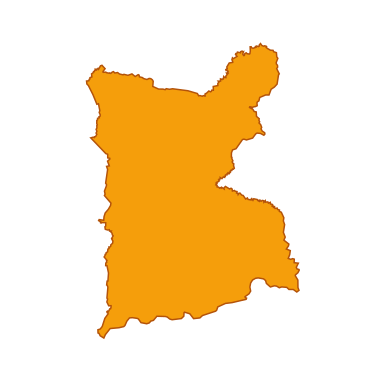 Wang Sombun, Sa Kaeo, Thailand (orthographic projection), rotated 277°
{"feature_id": "78962969B89607017524872", "entity_name": "Wang Sombun", "entity_type": "district", "adm_level": 2, "iso_a3": "THA", "parent_name": "Thailand", "parent_adm1": "Sa Kaeo", "projection": "orthographic", "projection_center": [102.173, 13.36], "detail": "fine", "context": "isolated", "style": "filled", "palette": "amber", "viewbox_px": 384, "rotation_deg": 277, "n_neighbors": 0, "source": "geoboundaries", "source_scale": "gbopen_adm2", "svg_char_len": 6049}
<svg xmlns="http://www.w3.org/2000/svg" viewBox="0 0 384 384"><g transform="rotate(277 192 192)"><path d="M107.4,310.2L110.1,308.8L117.5,307.8L121.5,304.7L122.4,304.8L124.7,306.9L127.3,307.9L128.1,307.7L128.5,305.5L130.0,304.7L134.3,306.2L134.3,302.0L137.8,301.7L138.1,300.0L137.2,298.2L137.8,295.6L141.6,296.6L145.8,296.7L146.9,292.6L150.2,294.3L152.1,294.5L155.4,289.1L158.6,290.0L163.1,287.6L170.9,287.9L174.4,286.2L177.6,286.3L182.8,283.1L183.4,281.1L184.8,281.0L185.1,279.1L186.4,278.5L185.8,276.4L186.6,275.9L186.6,275.0L187.6,275.5L187.6,273.3L188.3,273.3L188.3,274.0L188.9,273.8L189.5,273.2L189.6,271.4L191.3,271.0L190.3,269.2L191.4,268.5L190.9,266.2L192.3,265.8L190.6,264.6L192.1,264.2L192.2,262.7L191.3,261.8L191.7,260.8L190.8,260.0L191.1,259.5L192.1,259.9L191.6,258.3L192.5,257.7L192.8,254.1L191.2,253.5L192.8,252.1L192.2,251.6L191.6,252.2L191.3,251.6L191.5,248.5L192.8,247.7L191.6,246.1L194.8,243.2L195.0,241.7L196.8,239.7L196.4,238.8L195.1,238.1L196.3,237.7L196.4,236.4L197.9,236.6L198.0,234.8L198.7,234.0L197.9,232.0L199.9,231.4L200.5,230.3L199.6,228.9L201.6,224.5L199.8,223.1L199.0,223.4L200.3,220.8L199.4,220.5L199.8,219.7L199.2,219.0L200.1,217.7L200.1,216.3L201.6,216.1L202.0,214.8L203.1,215.5L203.7,214.9L204.0,215.8L204.7,215.5L205.8,217.4L206.6,217.2L207.2,217.8L207.8,217.1L208.5,218.4L209.8,218.2L208.9,220.1L210.7,221.2L210.5,222.5L211.4,222.4L211.5,223.2L213.0,223.2L213.3,224.7L214.4,224.6L214.5,225.7L215.3,225.5L214.9,226.8L216.0,226.8L216.0,227.5L216.7,227.9L217.3,227.4L218.4,228.1L218.3,228.9L219.7,229.4L219.6,230.2L220.7,231.1L223.1,230.1L225.1,230.0L225.4,229.2L226.8,228.2L227.9,228.8L230.0,227.5L231.3,227.4L231.5,226.8L235.7,226.4L238.7,227.1L240.3,230.4L250.2,235.7L250.8,237.1L250.3,239.7L252.9,245.6L257.5,248.2L258.4,249.4L258.5,252.8L257.1,256.4L258.4,257.3L259.7,256.9L261.0,254.3L263.1,252.8L264.6,253.3L267.3,251.9L268.7,250.1L269.9,250.6L271.3,249.7L272.9,249.8L274.9,246.8L279.3,246.0L279.5,243.9L281.4,242.4L282.9,238.8L283.6,238.9L283.7,239.8L283.2,241.8L283.9,242.4L284.5,244.5L285.6,246.2L288.4,245.6L289.4,245.9L290.6,247.3L294.1,247.7L297.3,253.3L297.7,256.6L303.6,258.0L306.2,261.0L309.4,263.3L318.8,263.6L319.9,264.2L324.8,261.0L326.4,261.8L328.2,261.4L329.3,260.2L330.7,259.8L335.2,260.9L336.4,259.7L340.6,258.8L341.2,255.9L342.5,255.2L342.3,252.6L343.5,249.7L344.5,248.0L345.4,248.3L345.8,247.7L345.9,246.0L345.4,245.5L345.9,243.5L347.7,241.9L346.0,240.8L344.9,240.9L344.4,240.2L344.8,238.4L344.2,237.3L343.5,237.9L342.1,235.1L342.5,233.3L343.4,233.0L343.2,232.0L339.0,232.7L336.3,232.6L335.9,232.1L336.0,229.8L336.7,229.0L336.4,228.2L335.9,227.6L333.9,227.3L333.7,226.7L335.0,225.6L337.5,226.0L337.2,225.5L337.9,225.0L337.8,224.1L337.2,223.2L336.1,223.1L336.4,220.0L334.7,219.5L334.7,218.6L333.8,218.4L332.1,220.2L329.4,216.8L330.1,215.8L328.1,215.5L326.8,216.4L325.6,216.6L324.6,213.2L320.3,211.3L318.9,211.9L317.6,210.6L316.8,211.0L317.2,212.1L316.1,213.2L315.3,212.5L314.4,213.5L313.8,213.1L314.0,211.9L312.9,212.6L311.0,211.4L309.7,211.7L309.7,210.4L310.5,209.4L308.0,209.3L307.8,208.1L307.3,208.0L307.7,206.5L305.5,206.8L305.2,204.5L304.4,205.3L302.9,204.4L300.8,204.7L299.3,200.2L295.6,200.8L295.5,199.2L294.2,198.9L293.7,198.2L294.3,196.4L291.4,194.0L291.3,193.2L289.9,193.0L288.3,193.7L289.0,193.1L289.0,191.4L288.3,190.6L288.7,188.1L288.3,186.9L290.4,185.3L292.0,175.6L292.1,160.1L291.2,157.1L291.4,153.8L290.3,152.9L290.6,150.7L290.1,146.3L292.0,140.2L297.2,140.0L298.5,139.0L299.5,137.3L299.5,135.6L298.2,133.6L298.4,132.0L298.8,129.8L299.5,129.1L299.9,125.8L301.6,125.2L301.9,124.3L299.7,121.5L301.9,118.0L300.0,114.2L300.5,110.1L299.9,109.3L300.3,105.6L301.5,103.6L300.7,100.9L301.9,99.4L301.3,98.2L299.8,96.9L300.2,95.9L299.8,95.6L300.0,92.5L300.5,91.9L300.0,89.6L300.2,89.0L300.9,89.0L303.8,90.7L306.8,87.2L306.1,85.8L302.4,84.3L303.2,83.6L302.4,83.0L302.1,81.2L301.3,82.0L300.9,80.6L299.5,80.3L299.5,79.6L298.1,79.2L297.0,77.9L294.0,78.6L293.1,76.8L291.8,76.9L291.4,76.3L289.8,76.0L289.3,73.8L286.4,74.5L285.0,76.2L276.6,81.8L267.5,86.9L268.2,88.4L261.5,90.6L259.6,90.2L257.3,91.6L255.8,91.4L255.3,90.5L254.4,90.9L253.6,89.3L252.2,89.5L251.5,88.8L248.4,89.1L247.1,89.8L246.6,89.4L243.9,89.8L242.6,89.2L240.6,90.2L238.8,89.6L237.7,90.5L235.3,89.6L235.0,88.6L234.1,88.3L234.4,87.3L233.4,84.9L219.6,101.8L219.2,103.7L215.6,104.2L215.4,106.3L214.6,106.4L212.3,104.4L207.9,106.7L207.0,104.1L204.1,105.5L190.2,105.2L189.1,106.2L187.7,106.3L182.2,105.0L179.2,106.0L177.8,105.5L171.1,112.9L168.7,112.8L164.7,111.1L160.6,108.4L156.8,107.7L153.2,107.8L153.3,103.2L152.2,102.8L151.2,105.3L150.8,105.6L150.3,105.1L150.1,105.5L150.7,106.7L151.0,110.1L147.6,110.5L146.8,109.8L144.4,110.5L144.0,113.1L144.5,114.5L143.2,114.9L143.3,116.5L142.7,116.1L141.3,117.7L139.8,118.1L138.9,119.1L136.1,117.9L135.7,118.6L135.1,118.3L133.7,119.5L131.4,119.4L129.7,117.9L128.2,117.9L127.2,116.9L127.2,116.2L125.8,116.5L125.1,115.5L122.4,115.5L121.1,114.1L120.2,114.3L119.5,113.4L118.5,113.5L116.8,112.7L113.8,115.9L113.4,115.5L111.8,115.9L111.0,115.1L108.4,115.3L108.5,116.6L101.4,119.0L93.4,119.4L93.2,118.6L89.3,118.6L89.1,119.2L87.3,120.1L76.3,120.5L75.5,121.3L72.5,120.9L68.9,123.2L69.3,125.5L67.9,125.7L66.2,125.4L66.0,124.6L63.6,123.8L63.2,123.3L63.5,122.6L62.8,122.1L61.9,122.5L61.8,123.4L60.7,123.5L56.0,120.9L47.6,119.3L44.8,117.6L43.8,115.4L40.6,115.9L40.3,117.0L38.1,118.4L36.3,122.3L39.9,123.4L46.5,127.4L48.4,136.1L50.1,140.7L51.3,141.7L55.9,143.1L59.4,145.3L60.0,148.1L59.9,152.9L59.5,154.2L56.1,157.3L55.7,163.1L56.9,165.6L58.8,166.8L59.9,169.4L64.4,172.3L65.2,180.7L64.9,182.7L63.2,185.4L62.8,187.8L65.1,196.9L67.7,199.0L71.3,198.8L71.8,199.2L70.9,204.6L66.5,209.0L68.0,215.2L70.7,217.5L76.6,230.0L77.7,230.9L81.1,231.6L85.5,238.8L87.1,245.3L92.1,258.8L93.3,259.1L93.8,257.7L94.6,257.4L97.9,261.0L100.8,262.3L104.7,261.0L108.8,261.3L112.0,262.8L114.1,265.6L114.8,268.2L114.5,273.6L113.1,275.8L110.3,277.0L107.3,281.4L108.9,285.1L108.9,287.4L107.6,290.3L108.7,292.6L108.9,297.7L107.1,300.1L107.6,304.4L105.5,308.2L107.4,310.2Z" fill="#f59e0b" stroke="#b45309" stroke-width="1.5"/></g></svg>